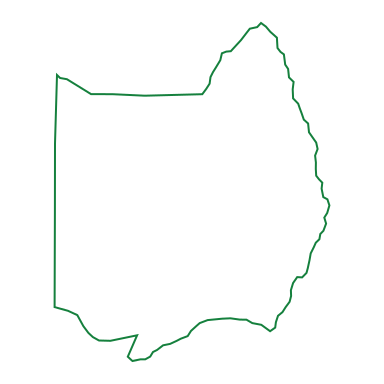 São João do Caiuá, Paraná, Brazil
{"feature_id": "56859067B54492092524937", "entity_name": "São João do Caiuá", "entity_type": "district", "adm_level": 2, "iso_a3": "BRA", "parent_name": "Brazil", "parent_adm1": "Paraná", "projection": "natural_earth1", "projection_center": [-52.296, -22.832], "detail": "fine", "context": "isolated", "style": "outline", "palette": "green", "viewbox_px": 384, "rotation_deg": 0, "n_neighbors": 0, "source": "geoboundaries", "source_scale": "gbopen_adm2", "svg_char_len": 1389}
<svg xmlns="http://www.w3.org/2000/svg" viewBox="0 0 384 384"><path d="M270.1,331.2L275.2,327.6L275.9,322.2L278.0,315.8L282.5,312.1L285.6,307.2L289.6,301.8L291.1,296.0L290.9,290.2L293.1,283.0L297.2,277.1L302.1,277.4L306.5,272.9L307.8,268.1L309.5,260.3L310.7,253.4L313.8,247.2L315.8,242.7L319.4,239.2L320.3,234.0L323.4,230.8L326.1,223.6L324.3,217.6L327.2,213.0L329.4,205.4L327.4,199.3L323.3,197.1L321.6,188.6L322.3,182.7L319.0,179.3L316.2,175.7L315.8,169.0L315.9,162.5L315.1,155.6L317.6,149.0L316.2,142.6L309.0,132.3L308.1,123.5L303.8,119.6L301.6,113.2L299.8,108.4L298.2,103.7L293.1,98.4L292.7,89.3L293.6,81.9L289.0,77.4L288.1,68.9L285.2,64.6L283.9,54.4L280.5,51.9L277.5,48.0L276.9,37.7L270.3,31.8L265.9,26.6L261.0,23.0L257.2,27.1L249.8,28.7L246.3,33.2L241.0,40.1L230.8,51.2L226.3,51.6L221.9,53.3L220.3,60.2L215.7,67.8L213.0,72.1L210.5,77.1L209.6,83.7L206.3,88.8L202.3,94.2L144.8,95.7L112.7,94.2L91.0,94.1L66.9,79.2L60.1,78.0L57.0,75.0L55.0,143.6L54.9,212.0L54.6,307.1L68.0,310.8L77.3,315.1L83.4,326.2L88.4,332.9L92.9,337.1L99.0,340.5L110.4,340.8L137.1,335.3L127.8,356.7L132.4,361.0L140.6,359.3L145.3,359.3L150.2,356.6L153.0,352.0L157.0,350.0L163.1,345.3L170.1,343.9L176.8,340.8L180.8,338.7L187.7,336.1L191.0,330.9L196.4,326.0L199.7,323.1L207.6,320.1L222.1,318.7L230.4,318.3L239.8,319.6L246.5,319.7L252.3,323.1L261.3,324.8L270.1,331.2Z" fill="none" stroke="#15803d" stroke-width="2"/></svg>